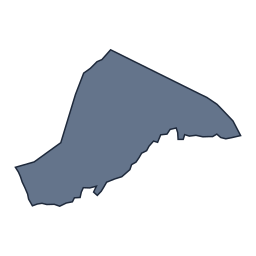 the district of Riachão, Paraíba, Brazil
{"feature_id": "56859067B21557901062595", "entity_name": "Riachão", "entity_type": "district", "adm_level": 2, "iso_a3": "BRA", "parent_name": "Brazil", "parent_adm1": "Paraíba", "projection": "robinson", "projection_center": [-35.645, -6.541], "detail": "fine", "context": "isolated", "style": "filled", "palette": "slate", "viewbox_px": 256, "rotation_deg": 0, "n_neighbors": 0, "source": "geoboundaries", "source_scale": "gbopen_adm2", "svg_char_len": 945}
<svg xmlns="http://www.w3.org/2000/svg" viewBox="0 0 256 256"><path d="M59.7,206.2L66.3,203.0L72.4,201.8L74.4,197.8L80.1,197.5L81.3,192.1L83.3,187.7L89.9,187.9L96.4,186.2L93.6,192.1L97.3,195.4L101.2,191.3L103.6,187.4L106.6,182.2L114.5,179.0L121.8,176.7L126.3,172.8L129.9,169.6L131.6,164.6L136.0,162.1L139.0,157.7L141.6,153.2L146.6,150.7L149.0,146.2L153.5,141.1L157.6,142.3L160.7,134.8L167.0,134.1L170.1,129.4L176.2,128.0L177.7,132.6L178.1,139.4L183.2,139.4L184.7,134.6L189.3,136.1L196.0,135.3L202.8,136.8L208.5,136.6L212.6,136.6L216.8,134.1L220.7,137.5L225.8,138.8L231.9,137.6L240.6,135.6L233.0,121.0L223.4,110.9L217.0,104.3L206.8,97.4L199.3,93.8L110.6,49.8L101.9,59.6L97.0,61.7L90.3,68.4L83.7,73.1L75.5,94.4L60.8,142.7L54.4,147.3L34.2,161.9L15.4,167.3L18.4,172.0L20.4,176.5L22.2,182.0L25.0,187.9L27.6,194.0L28.6,199.1L32.4,205.8L37.4,204.0L42.0,203.3L46.8,204.5L54.3,204.3L59.7,206.2Z" fill="#64748b" stroke="#1e293b" stroke-width="1.5"/></svg>